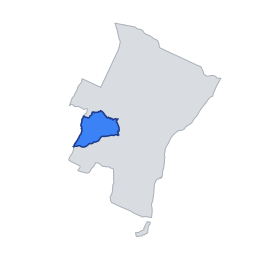 where Lunda Sul sits in Angola, rotated 205°
{"feature_id": "AGO-1875", "entity_name": "Lunda Sul", "entity_type": "Province", "adm_level": 1, "iso_a3": "AGO", "parent_name": "Angola", "parent_adm1": "", "projection": "equal_earth", "projection_center": [20.634, -9.903], "detail": "fine", "context": "in_parent", "style": "filled", "palette": "blue", "viewbox_px": 256, "rotation_deg": 205, "n_neighbors": 0, "source": "natural_earth", "source_scale": "10m", "svg_char_len": 7760}
<svg xmlns="http://www.w3.org/2000/svg" viewBox="0 0 256 256"><g transform="rotate(205 128 128)"><path d="M190.5,123.7L190.8,125.5L191.0,128.0L191.1,129.9L191.3,130.7L191.3,131.1L191.2,131.6L191.0,132.7L190.7,133.7L190.5,134.3L190.7,135.6L190.4,139.2L190.4,141.1L190.8,144.3L190.7,145.3L189.8,148.3L189.6,149.8L189.6,150.5L190.4,152.7L190.4,153.2L189.7,153.3L189.1,153.3L169.9,153.3L169.8,191.1L169.8,194.3L170.4,198.6L171.5,203.2L172.0,203.6L173.1,204.4L174.7,206.2L175.6,207.5L177.4,209.8L179.7,212.7L184.1,217.5L169.5,221.2L164.0,222.5L163.5,222.5L162.6,222.0L160.9,221.9L158.8,222.6L157.1,222.7L155.9,222.4L154.7,221.8L153.5,220.9L151.5,220.6L148.6,220.8L145.8,220.7L143.1,220.1L141.2,219.8L140.0,220.0L138.8,219.8L137.5,219.3L136.4,218.4L135.0,216.6L134.0,214.8L133.7,214.6L133.4,214.3L133.0,214.2L127.3,214.1L92.3,214.1L88.2,214.4L87.9,214.3L87.4,214.1L87.0,213.7L85.9,212.7L84.9,211.9L83.5,210.7L82.6,209.3L81.9,208.8L80.5,208.6L79.6,208.3L78.7,208.3L77.3,208.9L76.3,209.6L75.5,210.2L74.2,210.9L73.1,211.7L71.2,211.6L70.8,211.7L69.7,211.6L68.7,211.0L67.6,211.0L66.5,211.8L64.9,212.2L65.2,206.9L65.5,204.6L65.5,201.9L65.2,194.7L64.9,193.8L64.7,192.6L65.7,191.7L66.2,191.1L66.8,189.9L67.3,188.2L67.9,184.5L69.9,176.1L70.8,167.8L72.0,163.8L72.4,159.4L76.0,153.7L76.8,150.2L78.7,148.5L81.3,146.7L83.1,143.4L84.0,141.1L85.0,136.8L84.9,132.3L85.5,126.2L85.4,124.5L84.4,122.1L84.2,120.3L83.3,118.6L82.3,117.4L81.8,115.1L80.1,111.5L79.6,109.1L78.8,107.3L78.6,105.2L78.2,102.9L77.3,100.7L76.5,98.1L76.5,97.4L77.0,96.4L77.5,96.1L77.3,96.6L77.0,97.1L77.1,97.6L80.2,93.1L80.4,92.2L80.3,91.2L80.3,90.0L80.4,88.6L77.3,80.4L74.9,72.7L74.5,68.8L71.3,63.7L70.0,60.3L69.3,58.0L68.8,57.1L69.0,56.7L69.8,56.5L71.6,56.0L74.1,55.4L76.3,54.1L77.0,53.5L78.2,53.3L79.4,53.7L79.9,53.4L80.1,53.4L83.0,53.4L84.2,53.3L86.5,53.4L87.9,53.5L88.7,53.6L90.8,53.9L93.6,53.8L94.5,53.7L98.1,53.6L104.7,53.4L108.2,53.5L110.9,53.5L112.1,54.0L113.2,54.9L113.7,55.7L113.9,56.1L114.3,57.0L114.9,57.7L115.1,58.8L114.9,60.2L115.0,62.0L115.4,64.1L116.1,66.2L117.2,68.5L117.7,70.3L117.6,71.6L117.9,73.0L118.7,74.5L119.3,75.3L119.7,75.9L120.6,78.2L123.7,84.5L124.1,84.8L124.8,84.7L126.2,84.5L127.6,84.4L128.6,85.0L129.0,84.9L130.5,83.8L132.0,83.5L133.6,83.0L134.4,82.6L135.3,82.6L137.9,83.4L138.4,83.5L140.4,83.5L142.5,83.0L142.8,79.3L142.8,78.6L143.3,77.2L143.9,76.0L144.0,74.9L144.0,73.3L144.4,71.4L145.8,69.9L148.0,69.2L149.3,69.1L151.3,68.7L154.4,68.2L155.5,68.3L155.6,68.5L154.9,71.1L154.9,72.0L155.2,72.8L155.7,73.3L161.8,73.4L167.6,73.7L167.9,73.8L168.2,74.0L168.5,75.3L168.5,77.9L167.9,81.6L168.1,85.0L169.1,88.2L169.2,93.2L168.4,99.8L168.2,104.0L168.7,105.8L169.6,107.6L171.1,109.6L172.2,112.0L173.0,115.1L173.3,117.0L173.1,117.8L173.1,119.2L173.3,121.1L173.0,122.4L172.2,123.1L172.0,124.0L172.4,125.6L172.5,127.2L173.0,128.2L173.4,128.2L174.2,127.7L175.2,126.7L175.9,126.2L177.0,126.3L178.6,126.6L181.3,126.7L182.1,126.5L184.7,125.1L185.3,125.0L186.3,125.2L187.7,125.6L189.2,125.6L189.9,125.2L189.9,124.7L190.1,123.9L190.5,123.7ZM76.9,36.2L76.8,36.4L75.6,37.0L74.4,37.6L72.8,40.0L72.0,41.0L71.7,41.2L71.0,41.8L70.5,42.3L70.5,42.6L70.8,42.9L71.2,43.4L71.2,47.3L71.0,51.1L70.9,51.4L69.8,51.5L68.5,51.8L68.0,52.0L67.9,51.6L67.4,50.2L67.7,48.9L67.9,47.9L67.6,45.9L66.9,44.1L66.2,41.8L65.9,41.4L66.5,40.6L67.5,39.0L67.9,38.2L68.9,38.0L69.3,37.4L69.6,36.5L69.7,35.9L71.0,35.5L72.4,34.7L73.2,33.8L74.0,33.3L74.6,33.3L74.9,33.5L75.9,35.0L76.7,35.9L76.9,36.2Z" fill="#d9dde1" stroke="#a8b0b8" stroke-width="1"/><path d="M169.3,88.1L169.2,88.2L169.1,88.3L169.3,88.7L169.5,89.2L169.6,89.9L169.6,90.5L169.3,91.5L169.5,91.6L169.3,92.1L169.2,92.5L169.0,94.4L168.9,94.5L168.8,95.0L168.7,95.3L168.6,96.4L168.7,97.2L168.5,98.8L168.6,100.2L168.6,100.8L168.5,101.3L168.2,102.2L168.1,102.7L168.0,103.0L168.0,103.3L168.2,103.6L168.3,103.7L168.4,104.3L168.5,105.5L168.6,106.1L168.9,106.7L169.6,107.6L169.7,108.1L169.8,108.1L170.0,108.0L170.0,108.4L170.1,108.8L170.7,109.7L170.8,109.8L171.0,109.7L171.1,109.8L171.3,110.0L171.7,110.3L171.8,110.5L171.9,110.8L172.0,111.3L172.2,112.1L172.3,112.7L172.3,112.9L172.3,113.3L172.4,113.9L172.7,114.6L172.9,115.2L173.1,115.8L173.2,116.2L173.4,116.5L173.4,116.8L173.3,117.1L173.3,117.4L173.0,117.9L173.0,118.2L173.0,118.5L173.2,118.9L173.3,119.2L173.4,119.8L173.3,120.0L173.0,120.2L172.6,120.2L172.4,120.2L172.2,120.0L172.1,119.9L171.6,119.7L171.3,119.8L171.2,119.7L170.9,119.8L170.8,120.0L170.6,120.1L168.9,120.3L168.3,120.2L168.1,120.3L167.9,120.4L167.9,120.5L167.7,120.9L167.6,121.4L167.5,121.8L167.5,122.0L167.5,122.8L167.5,123.0L167.4,123.1L167.1,123.4L167.0,123.5L166.7,123.9L166.7,124.0L166.7,124.3L166.7,124.6L166.6,125.0L166.5,125.3L166.5,125.5L166.6,125.9L166.7,126.0L166.8,126.2L166.8,126.3L167.0,126.3L167.0,126.5L167.0,126.8L167.0,127.3L166.9,127.4L166.5,127.6L166.4,127.7L165.9,128.0L165.5,128.0L165.4,128.0L165.3,127.9L165.2,127.8L164.9,127.8L164.8,128.1L164.7,128.2L164.6,128.3L164.0,128.4L163.8,128.6L163.7,128.6L163.3,128.8L162.8,129.1L162.5,129.2L162.2,129.3L162.0,129.5L161.9,129.8L161.8,130.0L161.7,130.0L161.5,130.3L161.4,130.4L161.4,130.6L161.2,130.8L160.8,130.8L160.7,130.8L160.4,131.1L160.1,131.3L160.1,131.5L160.2,131.8L160.2,132.0L159.7,132.1L158.8,132.0L158.6,132.0L158.5,131.9L158.4,131.9L158.2,131.9L157.9,131.8L157.5,131.6L157.4,131.6L157.2,131.6L157.0,131.4L156.8,131.2L156.7,131.2L156.4,131.2L156.0,130.9L155.9,130.8L155.4,130.7L155.2,130.5L155.2,130.4L154.9,130.3L154.6,130.2L154.4,130.0L154.2,129.8L154.2,129.7L153.9,129.5L153.7,129.4L153.3,129.4L153.2,129.5L152.9,129.4L152.7,129.4L152.5,129.1L152.4,129.0L152.1,128.9L151.9,128.8L151.7,128.6L151.4,128.5L151.4,128.4L151.2,128.4L151.1,128.5L150.9,128.6L150.8,128.8L150.7,128.9L150.6,129.1L150.5,129.3L150.4,129.4L150.1,129.4L149.9,129.3L149.8,129.2L149.7,129.1L149.4,129.1L149.0,129.1L148.9,129.2L148.9,129.3L148.8,129.5L148.7,129.6L148.4,129.6L148.2,129.5L148.2,129.3L148.1,129.2L147.9,129.1L147.7,129.0L147.3,129.5L147.2,129.5L146.8,129.7L146.6,129.8L146.4,129.7L145.9,129.4L145.5,129.0L145.3,129.0L144.9,129.1L144.8,129.3L144.7,129.5L144.6,129.8L144.3,130.2L144.2,130.3L143.9,130.6L143.7,130.8L143.2,131.2L142.5,131.2L142.4,131.2L142.2,131.1L141.9,131.1L141.7,131.4L141.6,131.5L141.0,131.8L141.0,131.5L141.1,130.9L141.2,130.6L141.2,130.2L141.5,129.6L141.4,129.2L141.3,128.9L141.1,128.7L140.8,128.5L140.2,128.3L139.9,128.2L139.7,127.9L139.2,127.3L138.7,126.8L136.5,124.9L136.4,124.6L136.3,124.3L136.1,124.0L135.6,123.3L135.4,123.0L135.3,122.7L135.1,122.3L135.1,122.0L135.0,121.2L134.9,121.0L134.9,120.9L135.0,120.8L135.4,120.8L135.4,120.7L135.4,120.4L135.5,120.4L135.4,120.3L135.4,120.2L135.5,120.1L135.4,119.8L135.5,119.7L135.4,119.6L135.2,119.4L135.2,119.2L135.1,119.4L134.9,119.2L134.7,119.0L134.5,118.9L134.4,118.7L134.3,118.3L134.2,118.0L134.1,117.8L133.8,117.7L133.6,117.7L133.8,117.4L133.5,117.1L133.3,117.0L135.2,117.1L135.9,116.9L136.8,116.3L137.1,116.0L137.6,115.4L137.9,115.1L138.2,115.0L138.4,114.9L139.5,114.7L140.2,114.4L140.5,114.2L141.2,113.4L141.6,113.1L141.8,112.9L142.6,112.6L143.1,112.1L143.5,111.7L143.9,111.4L144.9,111.2L145.2,110.9L145.4,110.7L145.8,110.3L147.3,109.9L148.0,109.3L148.4,108.6L148.7,107.9L148.9,107.6L148.9,107.2L149.2,104.4L149.3,104.1L149.4,103.9L149.5,103.7L151.3,101.7L151.8,101.3L152.1,101.1L152.7,101.0L153.0,100.8L153.2,100.5L153.3,100.2L153.5,99.6L153.5,99.3L153.7,99.0L153.8,98.9L155.4,97.9L156.1,97.6L156.6,97.3L156.8,96.9L157.0,96.5L157.1,95.8L157.2,95.5L157.6,94.8L158.1,93.9L158.8,93.2L159.1,92.7L159.6,92.3L159.9,92.1L160.1,92.0L160.5,91.9L160.8,91.8L161.4,91.5L161.6,91.5L161.9,91.5L162.5,91.3L162.9,91.4L163.5,91.5L164.2,91.5L165.5,91.1L165.7,90.8L165.9,90.6L166.0,90.4L166.2,90.1L166.6,89.9L167.2,89.6L168.0,89.4L168.3,89.2L168.5,88.9L168.7,88.6L169.2,88.1L169.3,88.1Z" fill="#3b82f6" stroke="#1e3a8a" stroke-width="1.5"/></g></svg>